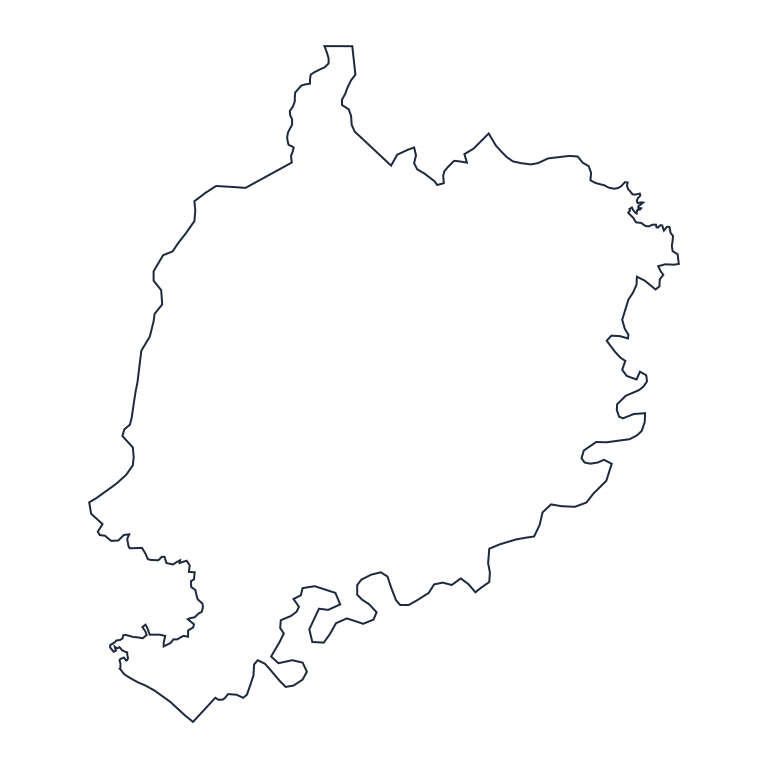 Ledang, Johor, Malaysia (Albers equal-area conic projection)
{"feature_id": "92858781B19407525562459", "entity_name": "Ledang", "entity_type": "district", "adm_level": 2, "iso_a3": "MYS", "parent_name": "Malaysia", "parent_adm1": "Johor", "projection": "albers", "projection_center": [102.644, 2.275], "detail": "fine", "context": "isolated", "style": "outline", "palette": "slate", "viewbox_px": 768, "rotation_deg": 0, "n_neighbors": 0, "source": "geoboundaries", "source_scale": "gbopen_adm2", "svg_char_len": 5021}
<svg xmlns="http://www.w3.org/2000/svg" viewBox="0 0 768 768"><path d="M291.7,162.6L245.5,187.9L233.2,187.0L216.1,186.0L205.7,192.7L194.4,201.2L195.3,210.7L194.4,221.1L185.8,233.4L178.3,242.9L172.6,251.4L163.1,255.2L153.6,271.3L153.6,280.7L161.2,290.2L162.2,304.4L154.6,313.9L153.6,321.4L149.8,336.6L141.3,350.8L137.5,382.1L135.6,391.5L133.7,403.8L131.8,417.1L129.9,424.7L124.3,429.4L122.4,436.0L132.8,447.4L133.7,456.9L132.8,465.4L126.1,474.9L116.7,483.4L112.9,486.2L95.8,498.5L89.2,502.3L91.1,513.7L102.5,524.1L97.8,531.6L99.7,535.0L105.1,535.8L108.2,538.5L111.3,540.9L118.3,540.5L123.8,535.0L129.2,534.3L127.2,538.9L128.4,545.9L129.6,548.2L132.7,548.2L142.0,547.9L145.5,553.7L147.8,559.1L150.5,559.9L158.3,560.3L161.8,556.8L164.5,556.8L166.4,563.0L173.0,564.5L176.5,562.2L180.0,560.3L179.6,563.0L186.6,560.7L189.7,565.3L188.9,571.9L194.7,572.3L194.0,579.3L190.9,581.2L191.2,587.0L195.5,590.1L195.5,590.9L197.1,597.5L197.8,599.4L202.5,603.7L202.9,607.6L201.7,611.9L198.6,613.4L194.7,617.3L190.5,618.1L187.8,619.2L194.0,624.3L193.2,627.4L188.1,630.5L188.1,635.5L188.1,636.7L183.5,635.9L180.4,637.5L177.3,639.4L173.4,639.4L170.7,642.9L163.7,646.4L163.7,642.5L165.2,635.9L159.8,634.7L149.7,634.7L147.4,628.1L145.5,624.7L142.4,627.0L145.5,631.6L146.6,635.1L142.8,638.2L135.8,637.1L133.8,637.1L125.2,634.8L123.2,635.3L122.5,638.5L120.0,640.0L116.3,640.5L114.6,642.5L110.3,644.9L110.1,647.4L113.6,651.7L115.8,650.7L114.8,646.7L117.0,648.4L119.5,647.2L122.3,650.4L125.0,651.7L127.2,652.4L127.2,654.4L128.0,658.1L127.2,660.1L126.2,660.6L124.0,657.6L120.5,658.9L119.5,660.3L120.5,663.8L120.3,669.0L120.1,669.0L124.2,674.2L128.0,676.7L131.9,679.0L137.6,682.2L145.8,685.7L155.0,690.9L170.2,701.8L185.3,715.7L193.0,721.9L215.3,697.8L218.6,699.8L222.8,699.6L224.8,698.1L228.1,694.1L236.5,694.7L243.2,697.8L246.9,694.7L249.9,686.2L253.5,675.3L254.1,664.4L257.8,660.2L265.0,663.8L269.9,669.3L279.6,680.8L285.6,686.9L293.5,685.6L302.6,679.6L306.9,671.7L302.6,662.6L292.3,660.2L278.4,663.2L271.1,656.5L279.6,642.0L283.8,633.5L280.2,628.1L280.8,620.2L291.1,615.9L296.6,611.7L299.0,606.8L293.5,599.0L300.8,595.3L302.6,588.1L314.7,586.2L335.4,592.9L340.2,604.4L328.1,609.9L319.0,608.7L309.3,629.3L312.3,642.0L323.8,642.6L329.9,634.1L336.0,623.2L346.9,618.4L363.2,623.8L373.5,619.6L376.6,612.3L369.3,604.4L362.0,599.6L357.2,594.7L357.2,585.0L361.4,579.6L371.1,574.7L380.8,572.3L387.5,576.5L391.1,587.5L396.0,600.2L400.2,605.0L408.7,605.0L417.2,600.2L428.7,592.9L434.1,584.4L442.6,582.6L451.7,585.0L460.8,578.4L468.7,584.4L475.4,592.3L481.4,587.5L489.3,582.0L489.9,572.3L488.1,563.2L489.3,548.7L499.6,544.4L515.4,539.6L525.7,537.7L534.1,536.5L539.6,525.0L542.6,512.3L551.1,504.4L561.4,506.2L574.8,506.8L586.3,502.6L593.5,493.5L606.3,480.8L611.7,463.8L604.0,459.8L597.8,462.5L590.4,463.7L584.6,462.5L581.5,458.2L583.8,450.5L596.2,442.0L606.3,442.3L629.6,439.2L636.9,435.4L641.6,431.1L644.7,422.2L645.1,413.2L633.8,414.0L623.0,418.3L619.1,416.7L616.8,410.1L617.1,404.3L625.7,395.8L639.2,390.0L643.5,386.5L647.0,381.4L646.2,375.2L640.0,371.7L636.5,379.5L626.8,376.0L622.2,369.8L625.3,360.9L620.6,357.8L614.8,351.6L606.7,340.7L611.3,335.7L619.8,336.1L628.0,338.4L628.4,334.5L624.9,329.1L622.2,319.8L628.4,299.6L633.0,292.6L636.5,284.9L636.9,276.7L644.7,280.6L650.9,285.6L655.5,289.5L659.4,286.4L659.8,279.4L663.3,274.8L660.9,271.7L658.2,266.2L665.2,264.3L674.1,264.7L678.8,263.9L677.6,254.2L672.6,251.1L671.8,245.7L672.6,241.0L673.0,236.0L670.6,232.9L669.4,226.9L666.9,226.9L663.9,230.6L662.2,225.4L660.4,225.2L657.9,227.6L656.5,227.4L656.0,224.7L652.7,224.7L648.5,226.4L645.8,226.1L643.8,224.9L641.3,222.9L636.1,222.4L634.6,220.2L633.6,218.2L630.6,215.2L628.2,212.7L629.9,210.8L629.4,209.0L631.9,207.5L633.1,210.0L635.1,212.5L636.6,213.5L636.8,212.0L637.3,210.0L640.1,209.5L641.1,208.3L638.3,207.8L638.6,205.8L640.3,204.8L643.1,202.6L641.3,202.3L637.6,203.1L636.8,200.6L637.8,198.3L640.3,195.6L639.8,193.6L635.4,194.6L632.6,194.4L630.6,191.9L628.2,189.2L626.9,185.9L627.7,182.5L624.9,182.2L621.0,186.4L617.7,188.2L614.3,188.7L608.8,187.7L604.1,185.2L601.1,184.5L598.1,183.7L594.4,182.5L590.4,180.2L591.1,172.9L588.7,166.2L582.6,162.6L577.7,156.5L569.3,155.9L548.1,158.4L537.8,163.2L530.5,164.4L521.4,163.2L512.9,161.4L506.8,157.1L502.0,152.3L495.9,145.6L488.7,133.5L481.4,140.8L473.5,148.7L464.4,154.1L466.9,162.6L459.6,161.4L454.1,160.8L448.1,166.8L444.4,171.1L443.2,175.9L443.8,183.2L437.2,185.0L434.7,181.4L424.4,173.5L417.2,169.3L414.1,163.2L416.0,155.3L414.1,147.5L407.5,149.9L397.2,154.7L391.1,165.6L354.8,131.7L351.7,125.0L351.1,115.9L348.7,109.3L342.0,105.0L342.0,99.6L345.1,94.1L347.5,87.5L351.1,80.2L355.4,74.7L352.3,46.2L324.5,46.1L327.0,52.9L328.6,58.4L328.6,63.4L324.7,67.3L320.4,69.2L314.2,72.3L310.7,74.7L310.0,79.3L310.0,83.6L305.3,84.4L301.4,85.5L297.6,89.8L295.2,92.5L294.8,97.2L294.8,101.4L292.9,106.5L289.8,111.1L290.2,115.4L292.1,119.3L292.1,124.7L289.4,129.7L287.9,132.8L287.1,137.9L287.9,142.1L288.6,144.9L292.1,146.4L293.7,147.6L292.1,153.4L291.0,155.7L291.7,162.6Z" fill="none" stroke="#1e293b" stroke-width="2"/></svg>